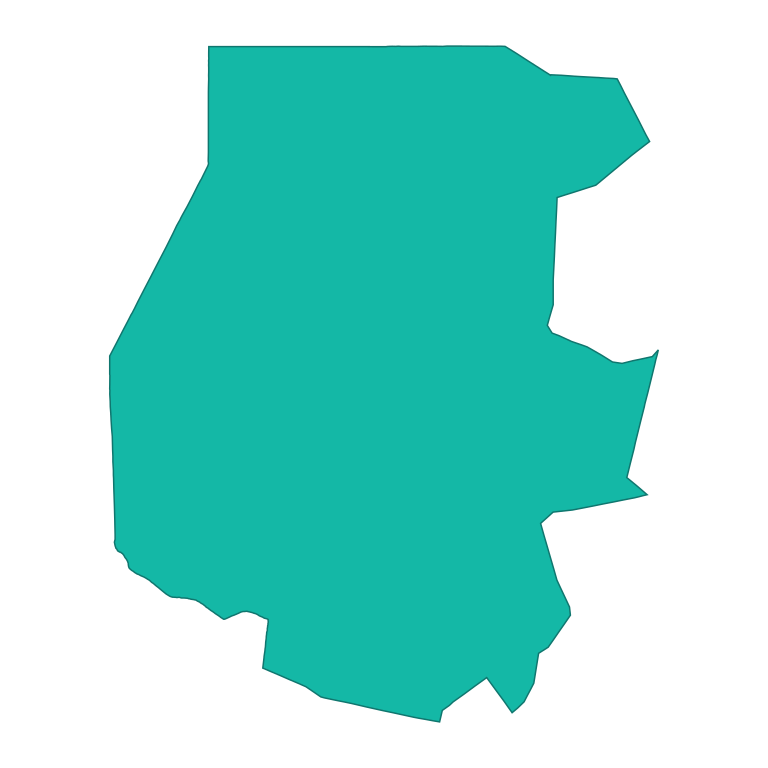 outline of Linguere, Louga, Senegal
{"feature_id": "50182788B14678638932037", "entity_name": "Linguere", "entity_type": "district", "adm_level": 2, "iso_a3": "SEN", "parent_name": "Senegal", "parent_adm1": "Louga", "projection": "natural_earth1", "projection_center": [-15.296, 15.307], "detail": "fine", "context": "isolated", "style": "filled", "palette": "teal", "viewbox_px": 768, "rotation_deg": 0, "n_neighbors": 0, "source": "geoboundaries", "source_scale": "gbopen_adm2", "svg_char_len": 5583}
<svg xmlns="http://www.w3.org/2000/svg" viewBox="0 0 768 768"><path d="M208.6,82.2L208.5,86.2L208.4,92.3L208.4,99.3L208.4,112.7L208.4,126.0L208.4,139.2L208.4,152.4L208.2,161.0L208.4,162.5L208.5,163.8L208.4,164.2L207.8,166.0L203.5,174.7L201.3,179.2L201.2,179.4L200.5,180.4L199.9,181.6L197.8,185.5L194.2,192.8L192.4,196.4L187.2,206.4L182.4,215.0L181.0,217.6L179.9,220.0L178.6,222.2L176.6,225.8L172.9,233.6L166.1,247.2L159.0,260.8L152.5,273.4L152.2,273.9L152.0,274.4L144.9,288.0L137.9,301.6L134.2,309.1L133.5,310.4L132.4,312.6L130.8,315.2L130.7,315.5L128.3,320.2L128.1,320.6L123.8,328.8L116.8,342.4L109.7,356.0L109.7,362.1L109.7,368.2L109.7,374.3L109.9,375.3L109.8,384.7L109.7,389.0L109.9,390.3L109.8,394.0L109.9,396.0L110.2,401.3L110.3,406.8L110.8,413.6L110.8,413.9L110.8,414.6L110.9,415.6L111.1,420.5L111.6,428.4L112.3,436.4L112.4,440.7L112.6,449.0L112.6,449.6L112.9,456.1L112.9,461.7L113.4,470.4L113.4,475.2L113.6,478.5L113.8,487.6L114.1,496.6L114.4,505.6L114.6,513.0L114.8,520.1L114.9,525.0L115.0,529.8L115.1,534.6L115.1,539.3L114.4,542.2L115.1,545.7L116.0,548.4L116.8,549.1L117.6,550.8L119.5,552.0L120.8,552.3L121.3,552.9L122.4,553.5L123.2,554.5L124.0,555.5L124.6,556.8L125.3,557.9L126.1,558.8L126.7,559.8L127.3,560.8L127.8,562.1L128.2,563.1L128.3,564.7L128.5,566.1L128.8,567.2L129.4,568.4L130.5,569.4L131.7,570.4L133.4,571.4L134.5,572.4L135.7,573.1L137.1,574.0L138.7,574.5L140.6,575.6L143.9,577.0L145.7,578.0L148.1,579.5L149.5,580.3L151.7,582.4L153.0,583.2L156.3,586.0L158.3,587.5L160.5,589.4L163.8,592.1L166.0,593.9L168.9,595.7L169.8,596.2L169.9,596.3L171.5,596.9L172.3,597.1L173.0,597.2L174.1,597.2L174.7,597.3L175.6,597.3L176.5,597.5L177.4,597.5L178.8,597.3L179.8,597.4L181.0,597.9L181.9,598.0L183.0,598.0L184.2,598.0L185.4,598.1L186.6,598.2L187.2,598.2L188.7,598.7L189.6,598.8L190.9,599.2L192.3,599.4L193.8,599.6L194.9,599.9L195.8,600.0L196.7,600.6L197.3,601.0L198.7,601.7L199.6,602.0L200.3,602.7L201.5,603.5L202.6,604.0L203.7,604.9L205.6,606.4L206.3,607.3L207.6,607.9L208.9,609.0L209.4,609.3L210.9,610.5L212.5,611.5L213.8,612.4L215.3,613.6L216.7,614.5L218.1,615.4L219.8,616.6L220.9,617.5L222.7,618.6L223.5,619.2L224.5,619.2L225.4,618.9L226.3,618.5L227.0,618.2L228.5,617.5L230.0,616.8L231.6,616.0L233.0,615.5L234.2,615.1L235.3,614.6L236.1,614.3L237.2,613.8L238.2,613.4L239.2,612.9L239.5,612.8L240.2,612.4L241.1,612.0L241.9,611.8L242.6,611.6L243.4,611.5L244.6,611.5L245.5,611.4L246.3,611.3L247.1,611.3L247.9,611.6L249.1,611.8L250.3,612.1L251.5,612.4L252.6,612.7L253.5,613.1L254.3,613.3L254.5,613.4L255.1,613.5L256.2,613.9L257.4,614.5L258.3,615.1L259.3,615.8L260.9,616.5L262.5,617.1L264.3,618.2L265.3,618.4L266.5,618.7L267.6,619.1L268.2,619.6L268.1,620.6L268.3,622.2L268.0,623.2L268.0,624.6L267.6,625.9L267.6,627.0L267.3,628.3L267.3,630.6L266.7,632.4L266.6,634.2L266.3,636.3L266.2,638.5L266.0,640.0L265.7,642.2L265.6,644.1L265.4,647.0L265.1,648.8L264.9,651.1L264.5,653.6L264.1,656.3L264.0,657.7L264.0,657.8L262.8,668.1L272.1,672.1L280.6,675.7L289.0,679.4L297.5,683.0L305.9,686.7L313.4,691.8L320.8,696.9L324.5,697.9L331.2,699.3L337.9,700.7L344.5,702.0L351.2,703.4L356.4,704.6L361.5,705.8L366.6,707.0L372.0,708.2L377.4,709.4L382.8,710.6L391.9,712.5L399.3,714.1L406.6,715.7L414.0,717.3L417.7,718.0L420.4,718.5L426.8,719.6L433.2,720.8L439.6,721.9L442.3,710.4L449.5,705.3L449.6,705.2L453.1,701.9L464.2,694.0L475.3,685.8L486.7,677.6L495.4,689.5L503.8,700.9L512.1,712.7L517.7,708.0L524.1,701.8L527.3,695.6L530.6,689.4L533.8,683.2L535.0,675.8L536.2,668.3L537.4,660.8L538.6,653.3L548.2,647.2L553.8,639.2L559.3,631.2L564.9,623.2L570.4,615.2L569.5,607.0L565.3,598.0L561.1,589.1L556.9,580.1L553.7,568.8L550.4,557.5L547.1,546.1L543.8,534.8L540.6,523.4L541.7,522.4L553.1,512.1L559.5,511.4L566.0,510.7L572.4,510.0L582.8,508.0L593.1,506.0L603.4,503.9L613.8,501.9L624.1,499.8L634.5,497.8L638.7,496.8L642.9,495.7L647.1,494.7L637.5,486.4L626.8,477.6L629.0,468.7L630.3,463.4L633.9,449.3L635.4,442.4L637.2,435.2L640.7,421.0L644.3,406.8L644.9,403.8L645.7,400.7L647.8,392.7L651.3,378.5L654.7,364.6L655.8,359.7L657.2,354.7L658.3,349.9L652.3,356.6L645.9,358.0L639.4,359.4L633.0,360.7L622.1,363.4L612.5,362.0L601.6,355.2L591.9,349.6L587.1,346.9L581.9,345.0L576.6,343.2L571.4,341.4L559.3,335.8L552.1,333.1L547.3,325.4L547.8,323.6L549.2,318.5L551.2,311.6L553.2,304.8L553.2,296.5L553.2,288.2L553.2,280.0L553.8,268.2L554.4,256.4L554.9,244.6L555.5,232.8L556.0,221.1L556.6,209.3L557.1,197.5L564.9,195.0L572.6,192.6L580.4,190.1L588.1,187.6L595.8,185.2L604.7,177.8L613.7,170.3L622.6,162.9L631.5,155.5L637.5,150.8L643.5,146.2L649.6,141.5L645.7,134.4L638.8,120.7L631.5,106.7L624.3,92.9L621.0,86.2L617.2,78.9L613.8,78.5L605.9,78.1L600.0,77.7L599.5,77.6L595.0,77.4L584.0,76.8L577.2,76.4L575.6,76.3L575.3,76.3L572.8,76.1L561.7,75.3L550.8,74.8L550.6,75.3L547.2,73.1L544.6,71.5L539.3,68.1L528.0,60.9L516.9,53.7L505.1,46.4L500.4,46.2L498.9,46.2L494.2,46.3L482.9,46.2L471.5,46.2L460.4,46.1L456.0,46.1L451.5,46.1L447.0,46.1L446.7,46.1L442.7,46.4L436.5,46.3L430.1,46.3L424.0,46.2L417.4,46.4L411.2,46.4L404.9,46.4L401.1,46.4L398.4,46.2L395.6,46.4L392.2,46.3L388.7,46.4L388.1,46.4L385.8,46.7L381.0,46.7L380.6,46.7L379.5,46.7L373.1,46.7L366.8,46.6L360.5,46.6L354.1,46.6L347.8,46.6L341.4,46.6L335.1,46.6L328.8,46.6L322.4,46.6L316.1,46.6L309.8,46.6L303.4,46.6L297.1,46.6L290.7,46.6L284.4,46.6L278.1,46.6L271.7,46.6L267.4,46.6L266.8,46.6L259.1,46.6L252.7,46.6L246.4,46.6L240.0,46.6L233.7,46.6L227.4,46.6L221.0,46.6L214.7,46.6L208.8,46.6L208.8,47.2L208.7,52.8L208.7,56.4L208.8,58.7L208.6,60.7L208.7,62.9L208.6,65.2L208.7,67.5L208.7,72.1L208.6,75.3L208.7,79.0L208.6,82.2Z" fill="#14b8a6" stroke="#0f766e" stroke-width="1.5"/></svg>